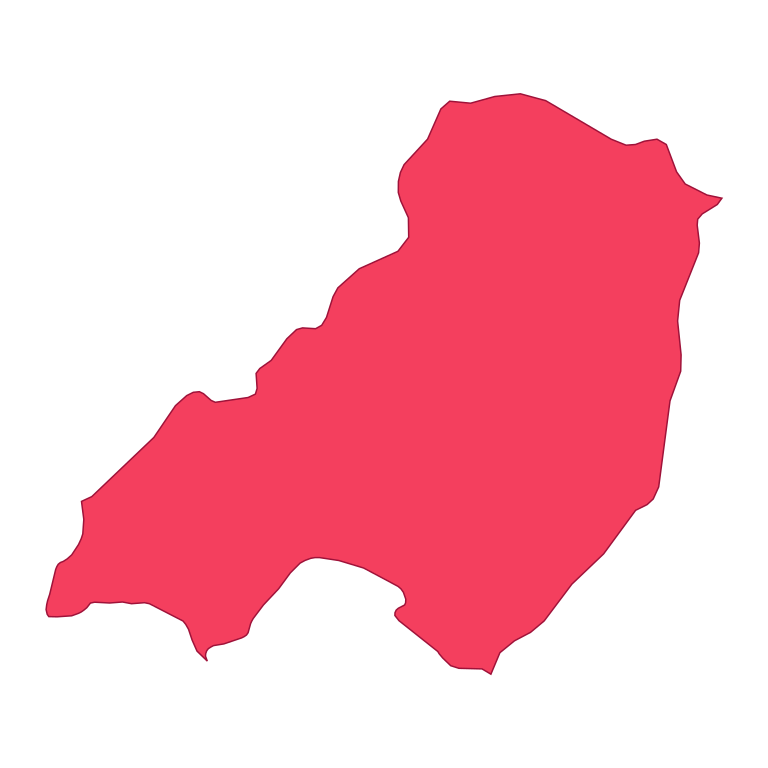 map outline of Parma (Equal Earth projection)
{"feature_id": "ITA-5360", "entity_name": "Parma", "entity_type": "Province", "adm_level": 1, "iso_a3": "ITA", "parent_name": "Italy", "parent_adm1": "", "projection": "equal_earth", "projection_center": [9.894, 44.694], "detail": "fine", "context": "isolated", "style": "filled", "palette": "rose", "viewbox_px": 768, "rotation_deg": 0, "n_neighbors": 0, "source": "natural_earth", "source_scale": "10m", "svg_char_len": 1903}
<svg xmlns="http://www.w3.org/2000/svg" viewBox="0 0 768 768"><path d="M315.6,328.7L321.7,325.3L326.5,317.4L333.1,296.6L337.9,287.8L359.3,268.7L397.9,251.3L408.7,237.3L408.4,217.7L400.8,201.0L398.3,192.5L398.4,181.4L400.4,172.5L404.1,164.6L427.6,139.1L440.9,108.9L449.7,101.2L470.6,103.2L494.7,96.5L520.4,93.8L545.8,100.7L611.2,139.2L626.1,145.2L635.5,144.5L644.3,141.2L657.0,139.2L666.3,144.5L676.6,171.9L685.2,184.0L706.9,195.0L721.9,198.2L717.3,204.5L702.2,213.9L697.7,219.2L697.2,225.2L699.4,243.1L698.6,252.8L679.7,300.3L677.6,321.0L681.1,354.9L680.7,371.2L670.0,400.9L658.7,486.9L653.2,499.0L647.1,504.6L635.6,510.3L603.6,553.9L571.9,584.1L544.2,620.9L530.6,632.3L514.5,640.8L499.9,652.7L490.9,674.2L482.0,668.9L458.9,668.3L450.7,665.7L442.8,658.1L439.2,653.8L437.8,651.5L399.0,620.7L394.9,615.5L395.0,612.7L396.2,610.1L398.4,608.2L404.6,605.0L405.6,602.8L405.8,599.2L403.4,592.3L400.9,588.8L398.1,586.4L363.6,568.0L338.8,560.5L319.6,557.6L314.9,557.6L310.8,558.3L305.1,560.4L300.1,563.1L290.3,572.9L278.7,588.7L263.4,605.0L253.3,618.4L251.9,620.8L250.6,623.6L248.1,632.7L246.5,635.0L244.2,636.6L241.6,637.9L223.9,643.9L213.5,645.6L210.9,647.0L208.4,648.6L206.7,650.8L205.7,653.6L205.5,656.2L207.3,661.1L197.0,651.1L192.1,640.0L188.5,629.2L185.7,624.3L183.0,621.0L149.4,603.7L144.5,602.7L131.5,603.7L122.5,602.0L109.6,603.0L94.6,602.2L90.4,603.1L86.8,607.7L83.9,610.1L81.2,612.0L78.6,613.3L71.7,615.8L57.1,616.8L48.8,616.6L47.2,614.3L46.1,609.6L46.7,604.7L47.6,600.7L49.7,594.3L55.7,569.4L56.8,566.7L58.2,564.3L60.4,562.5L63.3,561.4L67.2,558.9L71.7,554.9L78.5,544.6L81.2,538.8L82.8,533.9L83.8,519.4L81.5,501.4L91.8,496.6L153.9,437.4L175.5,405.6L186.7,395.6L193.3,392.3L199.4,391.7L203.5,393.7L211.1,400.4L215.3,402.3L248.1,397.5L255.4,394.1L257.1,388.4L256.1,373.4L259.8,368.5L271.2,360.4L286.9,338.7L296.5,329.6L302.5,327.9L315.6,328.7Z" fill="#f43f5e" stroke="#9f1239" stroke-width="1.5"/></svg>